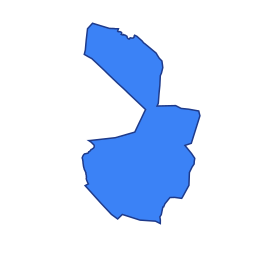 outline of San Pedro Coxcaltepec Cántaros, Oaxaca, Mexico, rotated 296°
{"feature_id": "50627088B12949539755090", "entity_name": "San Pedro Coxcaltepec Cántaros", "entity_type": "district", "adm_level": 2, "iso_a3": "MEX", "parent_name": "Mexico", "parent_adm1": "Oaxaca", "projection": "natural_earth1", "projection_center": [-97.096, 17.53], "detail": "fine", "context": "isolated", "style": "filled", "palette": "blue", "viewbox_px": 256, "rotation_deg": 296, "n_neighbors": 0, "source": "geoboundaries", "source_scale": "gbopen_adm2", "svg_char_len": 2124}
<svg xmlns="http://www.w3.org/2000/svg" viewBox="0 0 256 256"><g transform="rotate(296 128 128)"><path d="M206.6,50.2L199.5,48.1L189.0,51.8L179.3,55.5L175.0,56.4L174.7,60.5L174.5,65.1L169.6,80.9L168.0,85.6L163.7,99.1L161.4,107.0L159.4,113.1L154.5,128.7L152.3,135.7L148.0,135.7L141.5,135.8L137.1,135.8L127.3,135.9L124.4,132.7L113.6,120.7L111.6,117.5L108.8,113.1L100.0,99.2L99.5,98.3L99.1,101.1L98.8,102.0L98.5,102.8L98.3,103.3L98.2,103.9L97.9,104.7L97.2,105.5L95.7,106.0L94.6,105.7L94.0,105.3L93.4,105.1L92.4,104.2L91.5,104.2L89.7,103.5L89.4,103.1L88.5,103.1L87.7,103.0L87.2,102.2L86.5,101.4L85.7,100.3L84.7,99.9L82.9,99.7L81.0,99.9L80.1,100.8L78.0,102.3L76.7,103.0L76.1,103.5L75.2,104.0L74.7,104.4L73.8,105.0L72.7,106.0L71.7,106.8L70.5,108.4L69.9,109.0L69.3,109.8L68.2,110.3L67.6,110.9L67.2,111.3L66.4,111.6L65.9,112.1L65.1,112.4L64.1,112.7L62.9,113.8L62.3,114.5L62.0,114.8L61.0,116.0L60.4,116.9L57.4,114.7L48.6,136.5L43.1,150.9L41.7,158.6L47.8,160.8L50.5,179.2L56.3,193.5L56.3,198.9L59.5,197.4L62.1,195.6L64.7,195.9L71.7,194.1L72.5,194.1L72.7,194.6L76.1,194.4L83.9,196.2L86.1,200.4L88.3,207.1L90.1,207.3L103.2,207.9L114.9,202.7L121.1,202.7L124.6,203.2L126.8,202.3L127.0,202.2L130.0,201.3L132.9,196.3L137.3,186.8L142.0,191.6L170.5,187.3L174.3,184.1L171.5,174.3L168.9,167.2L169.0,161.0L160.5,144.5L163.5,144.4L173.3,140.5L180.1,138.0L189.2,134.1L192.0,134.0L197.5,132.8L199.7,131.4L203.1,129.1L203.4,128.3L204.4,125.5L206.7,121.8L207.6,120.6L211.1,106.3L211.4,104.6L212.4,102.6L214.3,95.8L214.3,93.3L213.4,93.2L212.8,93.4L212.4,93.6L212.1,93.6L211.4,93.3L210.9,92.9L210.6,92.3L210.3,91.4L210.1,90.6L209.5,90.2L208.9,90.2L208.7,90.3L208.4,90.0L208.3,89.2L208.6,88.3L208.8,87.8L209.1,87.5L209.6,87.2L210.0,86.8L210.0,86.5L210.0,86.0L210.1,85.7L210.2,85.2L210.2,84.8L210.1,84.5L210.0,84.0L210.0,83.6L210.1,83.4L210.1,83.1L209.8,83.0L209.5,82.9L209.4,82.6L209.2,81.7L209.2,81.0L209.4,81.1L210.3,80.9L210.7,80.7L211.1,80.1L211.1,79.1L211.1,78.5L210.8,78.0L210.4,77.3L210.3,76.7L210.5,76.2L213.0,75.9L212.8,75.4L211.6,73.0L211.3,71.9L209.4,67.7L207.9,58.5L206.6,50.2Z" fill="#3b82f6" stroke="#1e3a8a" stroke-width="1.5"/></g></svg>